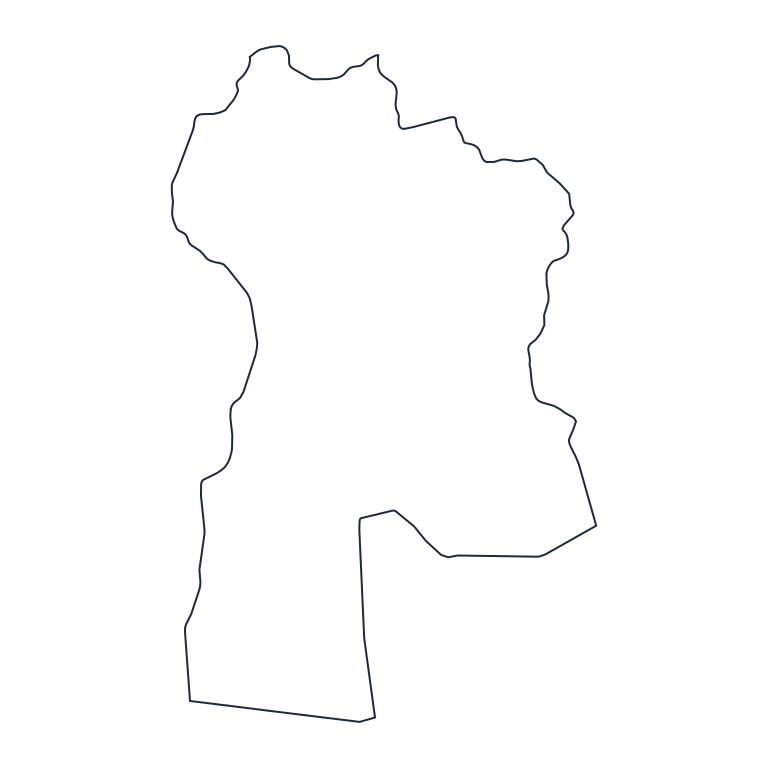 Bayanhongor, Natural Earth projection
{"feature_id": "MNG-3317", "entity_name": "Bayanhongor", "entity_type": "Province", "adm_level": 1, "iso_a3": "MNG", "parent_name": "Mongolia", "parent_adm1": "", "projection": "natural_earth1", "projection_center": [99.6, 45.149], "detail": "fine", "context": "isolated", "style": "outline", "palette": "slate", "viewbox_px": 768, "rotation_deg": 0, "n_neighbors": 0, "source": "natural_earth", "source_scale": "10m", "svg_char_len": 3250}
<svg xmlns="http://www.w3.org/2000/svg" viewBox="0 0 768 768"><path d="M359.6,721.9L317.2,716.7L274.8,711.5L232.4,706.2L190.0,701.0L185.0,632.0L185.1,627.9L186.0,624.4L191.2,614.1L199.3,589.8L200.2,585.6L200.4,581.6L199.4,569.8L204.5,533.7L204.5,529.7L201.0,496.1L201.1,484.4L201.8,481.6L203.3,479.8L216.6,473.3L221.7,469.9L224.0,467.9L225.6,466.2L228.0,462.5L229.7,458.6L231.4,452.5L232.0,448.7L232.3,435.1L230.4,418.0L230.4,413.7L230.8,409.1L231.7,406.1L233.2,403.7L234.7,402.2L238.7,399.1L240.2,397.7L243.5,391.8L255.5,355.1L256.8,348.4L257.3,343.1L251.6,306.3L249.8,298.5L247.0,292.9L227.6,268.4L223.9,264.6L222.1,263.8L219.3,262.9L216.1,262.5L211.1,261.0L208.8,260.0L206.6,258.4L202.7,253.6L199.9,250.8L191.1,245.1L189.1,242.8L187.0,236.8L185.3,234.2L183.2,232.8L178.6,230.5L177.1,229.0L176.2,227.4L173.8,221.5L172.9,218.5L172.3,215.4L172.1,212.3L173.0,201.7L171.9,192.7L171.8,185.3L172.4,182.6L176.8,173.3L192.9,130.2L193.9,126.3L194.3,122.2L195.1,118.7L196.7,116.1L199.8,114.5L203.3,114.1L212.9,114.0L219.3,112.7L225.2,110.3L233.8,99.6L236.6,94.4L238.0,90.7L237.5,87.9L236.6,85.5L236.8,82.6L238.2,80.4L242.7,76.2L245.8,72.0L247.5,68.9L248.8,66.2L249.4,64.0L250.0,60.4L250.1,59.0L250.0,58.1L249.7,57.0L256.4,51.7L260.3,49.5L270.5,47.0L278.7,46.1L280.5,46.2L282.3,46.8L283.9,47.6L285.3,48.6L286.7,50.0L289.0,55.5L289.2,64.0L290.3,66.3L292.4,68.3L310.1,78.4L312.8,79.2L315.9,79.3L328.4,79.1L336.8,77.9L339.9,76.8L341.6,76.0L343.6,74.7L348.7,69.0L350.8,67.6L353.5,66.8L360.1,65.9L362.1,64.9L363.9,63.5L365.8,61.5L368.4,59.2L375.6,55.5L378.1,55.2L377.9,65.5L378.7,69.4L380.1,72.6L381.8,74.6L384.9,77.3L392.5,82.6L395.0,85.6L396.3,88.9L396.7,92.2L396.5,95.5L395.7,101.9L395.6,105.2L396.1,108.8L397.0,111.1L398.2,113.5L398.7,115.5L398.8,117.3L398.6,119.7L398.6,122.4L399.2,125.5L400.4,127.6L402.3,128.7L404.3,128.9L413.5,127.0L449.2,117.6L452.4,117.1L454.5,117.4L455.6,118.5L456.8,126.6L458.4,129.7L460.8,133.4L462.1,136.5L463.6,141.2L464.5,142.5L465.5,143.0L470.9,144.1L474.1,145.3L477.6,147.6L479.3,150.1L481.5,156.1L482.9,159.1L484.3,160.8L486.5,162.0L494.3,161.9L501.6,159.6L505.4,159.5L516.6,161.2L521.3,161.0L534.1,158.5L536.4,159.4L542.8,165.0L546.5,171.6L547.9,173.3L559.6,183.3L569.2,193.9L570.2,204.3L570.7,206.6L571.6,208.8L573.0,210.6L573.6,212.5L573.1,214.8L564.2,225.0L562.4,228.6L563.5,230.9L565.0,232.2L566.3,234.4L567.4,237.4L568.3,244.1L568.2,249.4L567.7,251.8L566.9,253.5L565.1,255.7L562.4,257.6L559.3,259.0L553.8,260.9L551.8,262.5L550.0,264.8L548.4,267.5L547.1,270.5L546.4,273.7L546.8,284.9L548.1,291.6L548.6,296.0L548.4,301.2L544.1,315.2L544.3,322.0L544.3,325.2L540.5,333.5L535.9,339.5L529.9,344.4L528.9,346.2L528.3,348.3L528.4,350.7L529.7,357.5L529.9,360.4L529.6,364.4L529.8,366.3L530.4,368.4L531.7,382.2L532.6,387.3L534.0,393.2L535.1,396.0L536.3,398.6L538.4,400.7L541.1,402.2L554.0,405.9L560.5,409.5L564.6,412.6L573.9,417.9L576.0,421.5L573.5,428.9L569.6,438.0L569.1,439.4L569.0,441.3L569.5,443.6L570.8,446.9L575.6,456.4L578.8,464.1L596.2,525.7L545.0,554.6L540.0,556.3L537.5,556.7L457.5,555.5L448.2,557.3L441.1,554.9L425.8,540.8L414.2,526.5L396.4,511.8L395.0,510.8L393.7,510.6L392.2,510.7L361.0,518.2L360.1,519.1L359.6,520.9L359.3,529.1L364.2,638.1L375.0,717.5L359.6,721.9Z" fill="none" stroke="#1e293b" stroke-width="2"/></svg>